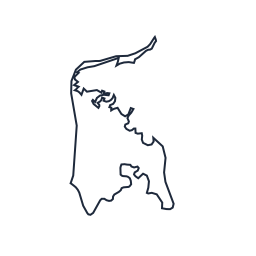 Dumyat, Albers equal-area conic projection, rotated 290°
{"feature_id": "EGY-1539", "entity_name": "Dumyat", "entity_type": "Governorate", "adm_level": 1, "iso_a3": "EGY", "parent_name": "Egypt", "parent_adm1": "", "projection": "albers", "projection_center": [31.792, 31.35], "detail": "fine", "context": "isolated", "style": "outline", "palette": "slate", "viewbox_px": 256, "rotation_deg": 290, "n_neighbors": 0, "source": "natural_earth", "source_scale": "10m", "svg_char_len": 2328}
<svg xmlns="http://www.w3.org/2000/svg" viewBox="0 0 256 256"><g transform="rotate(290 128 128)"><path d="M219.3,124.6L217.2,123.9L210.7,123.2L209.2,121.9L208.4,120.2L206.8,118.6L198.3,114.0L194.9,111.1L193.6,111.3L191.2,111.3L190.2,106.2L188.2,101.8L185.6,98.2L182.7,95.8L186.8,95.8L190.7,95.3L174.6,75.2L171.2,69.2L166.6,63.2L163.0,61.1L162.9,62.7L157.6,60.2L155.5,61.5L154.2,65.2L149.9,62.7L149.8,63.9L150.0,66.4L149.9,67.5L148.7,66.8L146.5,66.0L145.3,65.2L145.4,68.2L144.8,70.2L143.3,72.9L149.9,72.9L148.1,77.0L153.0,85.8L152.1,90.9L154.2,90.9L154.2,93.3L152.1,93.3L152.8,94.9L153.8,96.7L154.2,98.6L152.1,98.6L151.0,94.0L148.9,90.6L145.6,88.5L141.2,88.2L142.4,85.4L141.1,85.0L138.8,87.5L136.8,93.3L138.8,93.6L139.9,93.1L141.2,90.9L143.4,92.7L145.2,93.4L147.7,93.3L147.7,95.8L145.3,95.8L145.3,98.6L146.6,100.8L148.4,102.3L150.9,103.3L154.2,103.4L152.0,105.8L148.7,106.6L145.6,105.8L143.4,103.4L141.2,103.4L141.4,105.4L140.8,105.8L139.8,105.8L138.8,106.2L140.2,107.3L141.4,108.5L143.4,111.3L138.9,117.0L138.0,121.3L140.9,123.7L147.7,123.8L147.7,126.6L143.5,125.8L140.0,124.4L137.1,124.1L134.4,126.6L132.5,126.6L130.3,124.3L128.2,124.5L126.6,126.8L126.0,130.5L127.3,132.4L129.5,133.7L130.0,135.1L126.0,136.8L126.0,139.1L127.8,142.7L125.6,144.0L121.9,144.9L119.2,147.2L118.6,152.5L120.6,155.8L124.1,156.7L127.5,155.1L122.6,166.9L112.8,173.5L98.6,177.1L90.2,181.6L72.4,196.8L68.5,197.2L66.2,195.4L65.0,192.0L64.2,187.4L69.6,185.7L75.5,177.7L75.2,172.5L73.4,169.4L73.5,167.9L78.9,167.5L85.1,165.9L89.7,162.0L90.2,157.8L84.3,154.8L85.1,151.9L85.7,150.6L86.5,149.5L88.6,149.5L91.3,151.7L94.0,151.8L95.0,150.1L93.0,147.2L93.0,144.4L94.2,142.8L93.3,139.7L92.8,137.1L91.5,134.3L89.5,134.3L87.9,134.5L81.7,137.0L81.1,138.5L81.1,139.7L82.1,143.2L82.1,144.7L81.4,146.9L79.3,148.7L76.2,150.2L74.0,149.5L72.9,148.8L70.7,144.1L69.3,142.6L67.1,142.5L64.9,141.3L60.8,137.9L58.5,137.4L56.1,138.1L54.0,137.0L53.0,135.1L52.8,132.5L53.4,130.0L52.5,127.5L50.6,126.6L36.3,124.3L33.6,122.4L33.3,120.3L34.1,118.9L39.6,112.5L50.6,104.3L52.8,101.9L54.4,99.3L55.2,97.1L56.3,93.7L56.4,93.0L64.6,92.8L112.7,79.0L141.2,62.7L152.8,58.8L165.0,59.1L175.2,64.3L179.7,74.2L181.4,78.7L191.4,92.3L195.7,103.0L200.7,109.3L211.0,118.6L214.3,120.1L222.1,121.9L222.7,122.1L220.5,123.9L219.3,124.6L219.3,124.6Z" fill="none" stroke="#1e293b" stroke-width="2"/></g></svg>